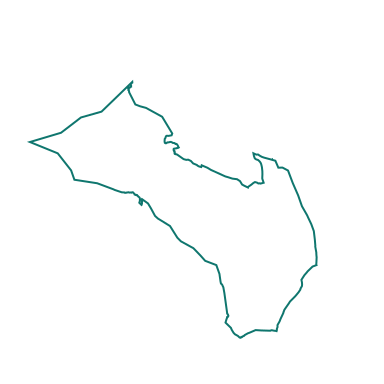 "Nore og Uvdal" nor, Buskerud, Norway (Albers equal-area conic projection), rotated 41°
{"feature_id": "86288312B66114336296766", "entity_name": "\"Nore og Uvdal\" nor", "entity_type": "district", "adm_level": 2, "iso_a3": "NOR", "parent_name": "Norway", "parent_adm1": "Buskerud", "projection": "albers", "projection_center": [8.39, 60.292], "detail": "fine", "context": "isolated", "style": "outline", "palette": "teal", "viewbox_px": 384, "rotation_deg": 41, "n_neighbors": 0, "source": "geoboundaries", "source_scale": "gbopen_adm2", "svg_char_len": 5384}
<svg xmlns="http://www.w3.org/2000/svg" viewBox="0 0 384 384"><g transform="rotate(41 192 192)"><path d="M325.5,156.1L320.8,152.3L320.4,151.7L316.0,147.4L309.6,141.6L303.1,138.0L296.2,135.0L294.3,134.1L284.3,130.6L274.3,124.9L262.1,119.1L250.4,112.8L244.3,114.2L241.2,117.0L234.4,113.7L231.3,115.2L231.1,115.0L231.0,115.3L224.0,118.7L221.8,119.6L219.6,120.1L217.2,120.4L216.0,121.6L213.0,122.5L214.1,123.4L215.3,124.3L217.3,125.4L217.6,125.4L218.5,125.4L218.9,125.3L219.5,125.1L220.4,124.7L220.9,124.5L221.7,124.5L223.2,124.6L224.5,124.9L225.8,125.5L227.4,126.6L228.6,127.5L231.4,130.1L233.4,132.3L235.5,134.9L235.9,135.4L236.1,135.6L236.4,135.9L240.0,138.0L238.2,140.7L238.0,140.8L237.5,140.9L237.4,141.0L236.9,141.7L236.5,142.0L236.3,142.1L235.6,142.1L234.9,142.3L233.4,143.0L233.0,143.2L232.4,144.9L232.0,147.4L231.0,151.3L231.3,151.9L230.8,152.0L229.3,152.5L229.1,152.5L228.8,152.5L228.1,152.8L224.9,153.5L221.1,152.3L217.6,152.8L213.7,155.4L211.6,156.3L209.7,157.1L206.9,158.4L191.8,162.9L189.4,163.3L187.7,163.6L181.8,165.5L182.6,167.1L180.6,168.1L178.8,168.5L178.0,168.4L174.1,169.7L170.8,169.3L167.9,170.1L166.6,171.5L164.1,172.7L156.2,173.5L155.8,173.7L155.3,174.0L154.8,174.2L154.6,174.1L154.5,174.3L154.3,174.4L154.1,174.5L154.0,174.4L153.7,174.4L153.5,174.2L153.3,174.1L153.1,174.0L153.0,173.9L152.9,173.6L152.9,173.4L152.2,172.7L151.8,172.5L151.6,172.5L151.4,172.7L151.3,172.8L150.6,172.4L150.4,172.2L149.9,171.5L149.9,171.3L150.0,171.1L151.6,169.2L151.8,168.7L152.0,168.6L152.5,167.9L152.7,167.4L152.8,167.1L152.5,167.0L152.0,166.9L150.9,166.3L149.5,165.9L149.3,165.9L149.0,165.9L148.4,166.1L148.0,166.6L147.6,166.5L147.1,166.5L146.6,166.6L146.4,166.7L145.9,167.1L145.6,167.3L145.4,167.5L144.9,167.6L144.1,167.7L143.7,167.9L143.3,168.0L143.2,168.2L143.0,168.3L142.9,168.4L142.6,168.6L142.2,169.3L141.8,169.9L141.6,170.0L140.9,170.7L140.9,170.9L140.9,171.0L140.7,171.3L140.7,171.5L140.6,171.9L140.5,172.0L140.3,172.1L140.3,172.3L140.1,172.4L140.0,172.6L139.6,172.7L139.2,172.7L138.3,172.0L137.3,170.8L136.6,169.8L136.6,169.0L135.8,167.1L136.0,166.2L137.6,164.9L139.4,162.6L138.7,160.8L120.1,154.8L102.1,158.7L96.5,161.4L91.8,163.1L79.2,158.0L78.9,157.8L78.8,157.6L78.6,157.4L78.4,157.3L78.2,157.1L77.8,156.9L77.5,156.8L77.3,156.8L77.3,156.7L77.2,156.5L77.1,156.4L76.8,156.3L76.8,156.0L76.7,155.8L76.7,155.7L76.4,155.6L76.3,155.4L76.2,155.4L76.3,155.5L76.1,155.7L75.9,155.6L75.7,155.6L75.8,155.5L75.7,155.3L75.4,155.4L75.2,155.2L75.3,155.1L75.1,155.0L75.1,154.9L75.2,154.7L75.3,154.5L75.3,154.4L75.5,154.2L76.1,154.3L76.3,154.2L76.5,154.0L76.5,153.9L76.8,153.5L76.8,153.2L76.8,152.7L76.7,152.4L76.8,152.3L76.7,152.2L76.4,152.1L76.3,151.8L76.2,151.6L75.4,151.3L75.2,151.0L75.0,150.8L74.9,150.6L74.9,150.4L74.9,150.2L75.0,150.1L75.0,149.9L75.1,149.7L75.1,149.4L75.1,149.2L75.1,148.9L75.0,148.7L74.9,148.5L75.0,148.4L74.8,148.2L74.7,148.1L71.0,190.7L59.3,208.6L54.3,233.2L36.9,260.6L65.3,250.9L86.6,255.0L95.2,259.9L114.7,247.6L131.0,241.5L132.2,241.2L139.2,238.3L141.4,236.6L141.5,236.6L142.0,236.6L142.2,236.4L142.3,236.2L142.6,235.9L143.0,235.5L143.2,235.0L143.4,234.9L143.8,234.4L144.0,234.3L144.3,233.8L145.3,233.4L145.5,233.2L145.8,232.9L146.0,232.6L146.5,232.2L146.8,232.1L146.8,231.9L147.0,231.6L147.4,231.1L147.6,231.0L149.5,231.2L149.9,231.3L150.9,231.2L150.9,231.4L151.3,231.3L151.6,231.1L151.9,231.0L151.9,230.7L152.1,230.6L152.4,230.6L152.6,230.4L152.8,230.5L153.2,230.5L153.4,230.5L153.7,230.5L153.8,230.6L154.0,230.6L154.3,230.7L154.7,230.7L155.0,230.6L156.0,230.6L156.5,230.8L157.0,231.2L157.4,231.7L157.9,231.9L158.0,232.2L158.2,232.3L158.4,232.8L158.5,233.1L158.6,233.3L158.8,233.5L159.0,234.0L159.4,234.4L159.4,234.7L162.4,234.9L162.4,234.7L162.1,234.3L161.9,233.6L161.5,233.2L161.2,233.0L161.1,232.9L161.0,232.7L160.8,232.5L160.9,232.4L160.7,232.1L160.6,231.9L160.2,231.5L159.6,231.1L159.5,230.9L159.4,230.8L159.2,230.6L158.8,230.3L158.8,230.2L166.3,229.5L171.8,231.3L179.8,234.3L183.7,234.4L197.7,232.1L210.9,236.1L216.0,236.5L228.5,233.8L229.2,233.6L230.1,233.5L240.2,234.4L247.1,235.3L258.3,231.2L266.6,235.9L267.0,236.3L272.2,240.8L273.9,242.1L275.4,242.1L277.3,243.0L278.1,243.3L282.7,247.0L296.9,259.4L297.7,260.1L298.3,260.7L298.5,260.8L299.2,260.8L299.3,260.8L299.7,261.0L300.0,261.2L300.2,261.3L300.7,261.6L300.8,261.9L300.7,262.1L300.8,262.5L301.0,263.0L300.7,263.4L300.6,263.5L301.0,264.0L301.6,265.6L302.6,267.8L303.0,268.6L310.5,269.0L312.3,269.9L315.7,271.0L317.8,271.2L319.6,270.8L321.1,270.5L323.3,270.6L323.9,270.4L324.1,270.3L324.1,270.0L324.1,269.9L324.3,269.6L324.3,269.2L324.7,269.2L325.0,268.3L325.0,268.2L325.1,267.4L325.2,267.2L325.3,266.9L325.5,266.7L325.7,266.2L325.6,265.5L326.9,261.9L327.6,260.7L327.8,260.3L330.6,254.5L334.9,251.2L337.0,249.5L342.0,245.4L342.1,245.2L342.3,245.0L342.4,244.6L342.5,244.4L343.0,243.9L344.3,243.2L345.9,242.2L346.2,241.9L346.4,241.8L347.1,241.5L346.9,241.0L346.2,240.0L345.7,239.4L345.3,238.1L345.0,237.6L344.1,236.7L343.8,236.2L343.0,232.2L342.1,229.7L340.3,223.4L340.0,222.9L339.9,222.8L339.9,222.6L339.0,220.3L338.6,216.7L338.2,212.9L338.0,211.5L337.9,210.9L337.8,210.5L338.3,203.0L338.3,202.2L338.3,201.6L338.2,197.7L337.8,194.6L337.3,193.8L336.7,190.9L335.8,189.6L334.3,188.1L332.2,186.5L331.4,181.1L331.4,177.0L331.3,176.3L331.9,169.2L333.9,165.5L333.5,165.3L332.8,164.5L332.3,163.8L328.8,159.4L328.0,158.7L326.4,157.1L325.5,156.1Z" fill="none" stroke="#0f766e" stroke-width="2"/></g></svg>